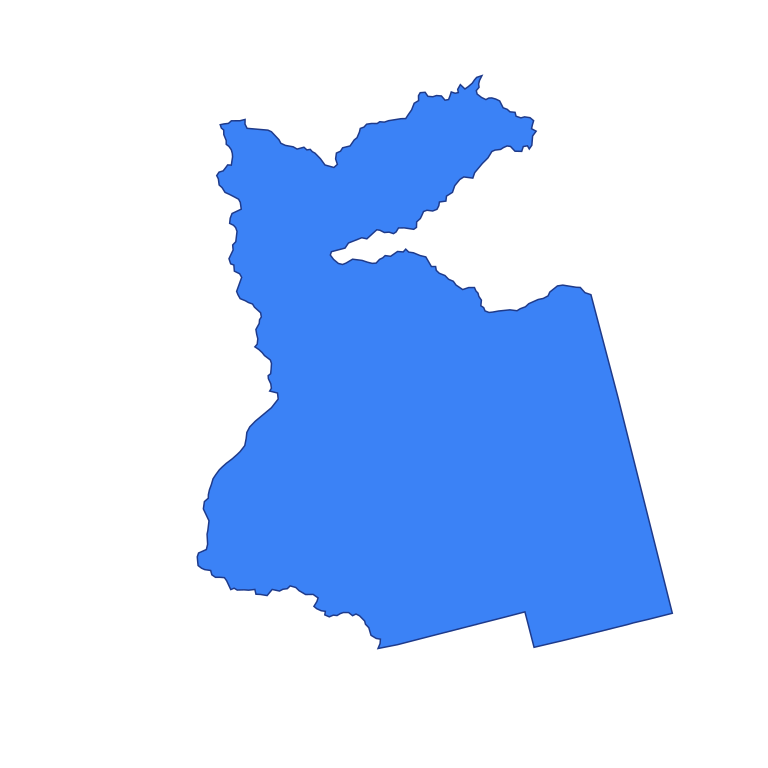 outline of Presidente Médici, Rondônia, Brazil, rotated 76°
{"feature_id": "56859067B10232029325302", "entity_name": "Presidente Médici", "entity_type": "district", "adm_level": 2, "iso_a3": "BRA", "parent_name": "Brazil", "parent_adm1": "Rondônia", "projection": "mercator", "projection_center": [-61.989, -11.194], "detail": "fine", "context": "isolated", "style": "filled", "palette": "blue", "viewbox_px": 768, "rotation_deg": 76, "n_neighbors": 0, "source": "geoboundaries", "source_scale": "gbopen_adm2", "svg_char_len": 4481}
<svg xmlns="http://www.w3.org/2000/svg" viewBox="0 0 768 768"><g transform="rotate(76 384 384)"><path d="M559.6,535.5L558.7,531.7L559.2,527.3L557.2,523.9L560.1,518.8L564.0,516.4L569.3,511.0L571.0,503.7L575.6,499.7L578.8,501.7L582.8,505.8L585.7,503.7L588.8,499.8L590.4,495.9L593.7,497.3L596.7,493.4L596.0,489.1L597.3,485.6L596.2,481.9L595.9,478.7L597.2,473.6L601.2,470.5L600.4,466.8L603.0,463.8L609.3,460.1L612.6,460.1L616.8,457.7L624.7,457.4L629.0,453.1L630.7,449.2L634.9,450.6L639.2,453.8L640.2,434.0L639.9,398.9L639.4,320.7L639.2,302.4L648.5,302.3L675.8,302.1L676.1,279.9L676.2,273.9L676.3,245.1L676.3,205.0L676.1,199.9L676.3,184.1L676.2,159.7L553.7,160.0L475.9,160.2L454.6,160.2L347.4,161.6L344.0,166.9L337.8,170.2L336.6,174.2L331.3,186.6L330.8,192.0L334.9,200.9L338.2,203.5L339.5,208.8L339.3,214.0L341.1,224.1L343.3,228.1L343.9,233.6L345.1,237.2L342.5,243.9L340.9,255.1L340.5,261.3L340.0,264.8L337.5,268.3L334.0,268.8L331.5,271.1L326.2,269.2L321.9,270.8L318.6,270.8L315.9,272.3L312.3,272.9L310.9,278.4L311.4,284.8L305.4,290.2L301.1,291.9L298.0,296.0L293.5,298.6L289.9,303.6L286.4,305.8L282.5,305.5L281.5,309.6L270.8,312.7L268.1,317.9L263.8,323.7L262.0,328.1L258.4,330.3L260.5,333.4L258.7,338.8L261.7,346.7L259.7,351.8L261.3,354.7L262.0,358.2L264.8,362.4L264.1,366.3L261.8,370.6L258.8,375.3L255.3,384.3L257.5,391.6L258.0,395.3L256.0,399.1L250.9,402.8L245.9,404.9L242.9,403.0L242.7,388.9L238.6,384.4L236.7,370.2L239.0,365.5L232.6,353.7L233.8,350.8L237.1,347.0L237.9,342.3L240.4,338.4L239.4,335.5L236.1,332.2L237.4,326.6L241.1,317.7L239.9,314.6L234.6,313.1L232.2,308.7L229.7,306.6L226.2,303.9L225.8,300.3L227.9,294.9L227.3,290.3L224.3,287.7L220.8,286.2L221.5,279.7L216.8,277.9L214.6,271.2L208.7,267.4L203.9,261.0L202.4,256.5L205.7,248.0L200.9,244.9L193.8,235.2L189.8,228.5L184.5,223.1L183.9,219.7L184.6,214.1L183.5,210.9L182.8,207.0L184.1,203.8L189.8,200.6L191.6,194.1L187.3,191.4L187.6,187.2L191.1,186.2L188.1,182.8L179.3,179.8L175.5,175.2L172.0,179.1L168.4,177.3L164.7,175.1L160.9,177.9L158.8,183.0L158.9,186.8L156.1,191.1L152.1,191.1L150.4,195.9L147.3,198.0L144.8,201.6L137.3,203.3L134.5,206.7L132.5,210.2L131.9,213.2L132.7,216.3L129.6,220.0L125.2,223.5L121.7,223.5L119.1,220.0L115.8,219.6L112.6,217.9L108.5,214.4L108.9,219.9L110.8,222.6L113.5,225.6L115.9,230.4L117.3,234.1L112.0,237.5L115.9,241.2L119.2,241.4L119.1,244.6L116.9,248.1L120.0,250.0L123.6,252.5L123.4,256.1L118.4,258.6L116.8,263.3L117.1,267.1L115.5,271.8L110.9,273.5L110.1,278.4L112.6,280.8L117.4,281.9L118.9,286.8L124.7,290.9L128.8,295.6L131.7,298.7L130.7,303.2L129.6,315.9L130.0,320.3L128.5,324.7L129.6,327.6L128.2,333.0L127.7,338.0L129.9,341.3L130.3,345.2L133.6,346.9L138.5,350.6L140.0,353.9L144.8,359.3L144.8,367.0L147.6,369.9L148.4,374.3L153.9,376.5L159.6,376.1L161.8,380.2L157.2,388.3L150.0,391.2L143.3,395.1L141.2,397.4L138.5,398.8L138.2,402.2L134.9,404.4L135.0,411.5L131.9,414.7L128.6,422.0L125.4,425.9L121.6,426.8L112.0,432.2L109.6,435.2L102.8,455.0L98.2,456.0L93.7,454.8L93.7,460.2L91.7,468.4L93.5,471.9L92.9,476.5L92.8,480.2L96.3,479.9L98.8,478.1L103.3,479.1L109.6,478.2L113.3,479.1L115.9,477.0L119.8,475.5L123.6,475.4L127.0,476.0L134.7,479.2L133.6,482.7L135.7,485.2L138.3,488.5L138.5,492.8L141.3,495.9L144.9,495.1L151.0,495.8L154.3,493.6L159.6,491.9L162.7,488.0L166.4,483.8L169.5,480.4L173.0,479.5L179.8,480.2L181.8,490.2L185.9,493.1L190.8,494.9L193.6,491.6L196.4,490.1L200.4,489.7L210.1,493.4L212.5,497.2L217.5,498.0L220.5,500.5L224.9,504.1L230.3,503.7L232.2,500.9L238.3,501.9L242.1,497.4L246.1,496.3L258.5,504.6L262.1,504.1L266.4,502.9L269.6,498.5L272.1,495.9L274.6,492.2L278.1,491.1L285.0,486.5L289.3,486.8L291.5,489.2L295.0,490.4L300.1,495.1L304.9,495.5L309.6,495.5L314.7,497.4L316.7,500.3L320.4,497.0L324.1,494.6L327.5,493.1L333.2,488.5L336.8,488.2L342.2,489.9L346.6,491.5L347.9,494.4L350.9,494.9L356.4,493.8L360.9,494.3L363.2,496.6L367.0,489.5L373.0,490.3L379.8,499.0L388.9,517.8L393.1,524.6L397.8,528.8L403.5,530.9L410.1,534.0L414.8,540.0L417.1,544.0L420.0,549.6L422.8,556.2L425.4,561.1L427.4,564.5L431.2,569.1L434.6,572.8L439.9,575.9L444.3,578.9L448.9,581.2L452.3,582.1L454.6,586.7L461.5,589.5L474.4,586.9L483.6,590.4L486.9,592.0L496.8,593.9L501.6,596.4L503.1,604.8L506.5,607.0L511.6,607.8L515.2,608.3L518.6,605.6L520.7,602.9L523.0,597.3L527.5,597.2L530.8,594.3L531.8,590.2L533.3,585.7L536.8,584.3L546.4,582.4L545.9,578.8L548.4,576.3L549.9,569.5L551.3,565.2L552.1,559.0L557.0,559.1L558.3,554.8L561.0,548.6L556.3,542.2L559.6,535.5Z" fill="#3b82f6" stroke="#1e3a8a" stroke-width="1.5"/></g></svg>